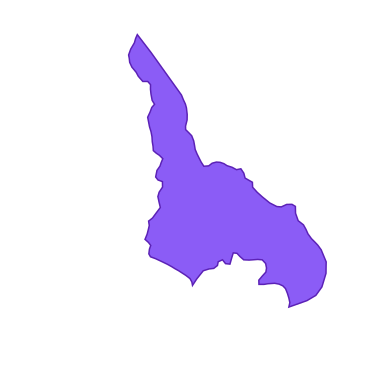 the district of Nossa Senhora do Socorro, Sergipe, Brazil, rotated 52°
{"feature_id": "56859067B36001575817528", "entity_name": "Nossa Senhora do Socorro", "entity_type": "district", "adm_level": 2, "iso_a3": "BRA", "parent_name": "Brazil", "parent_adm1": "Sergipe", "projection": "natural_earth1", "projection_center": [-37.154, -10.873], "detail": "fine", "context": "isolated", "style": "filled", "palette": "violet", "viewbox_px": 384, "rotation_deg": 52, "n_neighbors": 0, "source": "geoboundaries", "source_scale": "gbopen_adm2", "svg_char_len": 2023}
<svg xmlns="http://www.w3.org/2000/svg" viewBox="0 0 384 384"><g transform="rotate(52 192 192)"><path d="M342.3,186.5L348.4,168.2L349.7,158.0L346.8,148.1L343.7,143.7L338.6,136.5L333.0,132.0L329.7,129.3L317.1,125.8L311.4,125.6L307.2,126.0L302.3,126.6L296.4,126.4L291.6,125.2L286.5,124.4L280.0,126.0L272.5,123.5L267.0,119.4L263.3,120.8L260.1,125.0L258.7,130.8L255.7,134.1L248.4,137.5L239.2,139.6L232.4,140.8L225.6,141.3L221.5,138.4L216.9,140.3L213.7,141.6L209.1,139.6L203.8,139.2L201.8,143.2L197.2,145.2L192.8,148.2L189.3,149.4L185.9,151.6L183.4,154.4L181.7,158.4L181.7,162.7L179.0,166.8L174.2,166.4L170.1,165.6L165.2,164.6L160.4,163.3L156.8,161.3L152.8,159.2L147.5,157.6L143.6,158.0L138.9,158.6L136.1,156.5L132.2,151.5L128.0,148.1L122.3,144.6L118.7,143.1L114.0,142.0L109.1,140.6L57.0,138.4L34.3,138.2L36.3,141.9L39.0,145.6L41.6,152.2L45.0,157.6L48.1,159.2L51.5,161.3L56.6,162.5L63.3,162.3L67.9,163.1L71.2,162.9L74.6,162.7L77.7,158.8L81.9,158.6L85.5,161.5L89.7,164.1L95.3,167.0L99.8,167.5L100.6,171.6L103.3,176.0L105.8,180.9L109.9,183.0L114.6,185.4L119.1,187.1L123.8,189.5L128.0,192.4L131.9,194.5L135.6,197.0L139.3,196.3L143.0,195.1L147.8,194.5L149.8,198.1L151.9,201.3L153.4,206.3L157.8,211.4L161.6,211.4L165.6,208.9L170.0,212.2L171.9,218.0L174.6,221.7L179.7,224.2L184.7,226.5L186.5,233.1L188.2,239.2L188.2,244.1L192.1,246.3L194.6,249.4L197.6,253.3L200.4,258.2L204.7,257.4L208.7,257.4L210.8,260.7L214.2,264.1L217.5,264.6L222.2,261.7L227.9,258.8L234.0,255.8L238.5,253.9L241.8,252.7L245.8,251.0L249.3,249.8L253.9,248.2L259.0,246.9L262.8,247.5L265.9,249.1L263.4,241.7L261.0,231.6L263.1,226.0L265.6,221.9L265.6,217.2L263.1,214.3L264.2,209.7L269.1,209.7L272.2,206.5L268.4,201.3L265.4,197.0L268.0,194.3L272.5,193.9L277.3,193.0L280.8,188.9L282.9,185.8L285.6,181.7L288.7,178.4L293.7,178.0L297.8,180.1L300.6,183.1L301.5,188.3L302.6,193.6L306.0,196.1L309.2,192.0L311.0,188.7L314.8,183.1L318.2,180.1L321.9,178.2L325.7,177.8L330.6,179.2L335.3,181.0L339.4,183.0L342.3,186.5Z" fill="#8b5cf6" stroke="#5b21b6" stroke-width="1.5"/></g></svg>